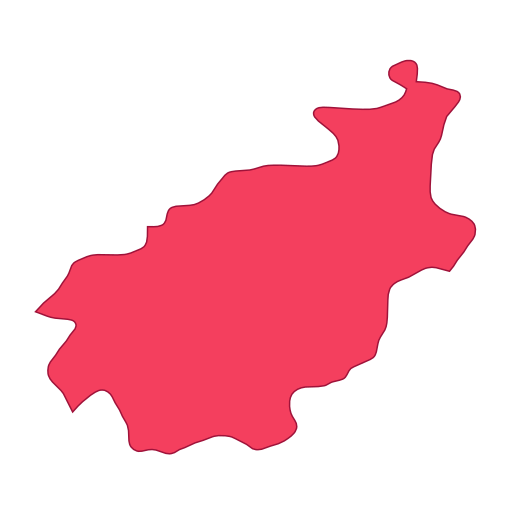 San Gregorio de Yaguate, San Cristóbal, Dominican Republic, rotated 92°
{"feature_id": "3306468B54711183761237", "entity_name": "San Gregorio de Yaguate", "entity_type": "district", "adm_level": 2, "iso_a3": "DOM", "parent_name": "Dominican Republic", "parent_adm1": "San Cristóbal", "projection": "equal_earth", "projection_center": [-70.195, 18.34], "detail": "fine", "context": "isolated", "style": "filled", "palette": "rose", "viewbox_px": 512, "rotation_deg": 92, "n_neighbors": 0, "source": "geoboundaries", "source_scale": "gbopen_adm2", "svg_char_len": 3598}
<svg xmlns="http://www.w3.org/2000/svg" viewBox="0 0 512 512"><g transform="rotate(92 256 256)"><path d="M230.5,365.4L240.3,365.2L245.9,365.8L249.2,367.2L250.7,368.3L252.8,371.2L257.4,381.3L258.6,385.1L259.1,387.4L259.8,394.5L260.2,414.2L260.8,418.9L261.3,421.2L262.6,425.0L266.5,433.4L268.3,436.5L269.4,437.9L272.0,439.8L279.7,442.4L282.7,443.8L289.8,448.5L296.0,452.1L300.7,456.0L310.5,466.7L319.4,474.4L323.4,462.6L324.4,458.9L325.1,454.6L325.8,442.0L326.4,438.3L327.0,436.6L328.0,435.1L329.4,434.1L330.8,433.5L332.3,433.4L335.2,434.3L341.5,439.0L347.6,442.6L356.0,449.2L362.1,452.8L369.1,457.8L372.3,459.3L374.0,459.7L377.5,460.0L381.0,459.7L382.7,459.2L386.0,457.5L389.0,455.0L397.2,446.2L400.2,443.7L418.3,433.8L412.0,428.5L407.6,424.2L400.9,416.5L397.6,411.8L395.9,408.4L395.4,406.5L395.3,404.5L395.5,402.5L397.0,399.3L399.1,396.7L401.7,394.8L407.5,391.7L414.6,387.0L421.0,383.8L426.7,380.2L429.7,378.6L434.9,377.3L445.2,376.5L448.5,375.7L450.0,375.0L451.4,374.0L453.6,371.5L455.0,368.3L455.3,366.6L455.0,363.2L453.4,356.9L453.0,353.1L453.4,349.2L456.4,339.2L456.7,335.5L456.4,333.7L455.3,330.6L452.1,325.7L450.0,320.6L444.9,310.4L442.1,302.5L438.3,293.5L437.6,291.5L436.8,287.2L436.7,280.5L437.2,276.1L437.7,273.9L439.2,270.3L444.6,258.8L448.7,252.7L449.5,249.3L449.5,247.4L448.9,243.6L445.5,235.0L442.8,227.1L439.8,221.3L437.3,217.8L434.7,214.6L431.8,211.9L430.2,210.8L426.9,209.5L425.2,209.3L421.9,209.9L419.1,211.4L415.0,214.1L412.0,215.6L408.6,216.6L405.1,217.2L399.8,217.3L396.3,216.7L392.9,215.3L390.1,213.0L387.8,209.9L386.2,206.3L385.2,202.1L384.3,189.2L383.3,183.4L382.8,181.8L379.7,176.5L379.1,175.0L377.2,168.2L376.0,165.0L375.1,163.6L374.0,162.5L371.5,161.0L367.5,159.1L365.1,157.3L363.3,154.4L355.4,138.2L353.4,135.3L352.1,134.2L350.7,133.4L347.6,132.4L339.3,131.1L335.9,130.3L332.8,128.9L325.5,124.7L322.0,123.5L318.3,122.9L312.6,122.6L295.4,122.7L289.8,122.5L284.4,121.2L282.7,120.4L280.0,118.2L278.7,116.8L276.6,113.8L274.9,110.2L271.8,102.6L264.2,90.0L262.4,86.2L261.8,84.1L261.1,79.8L261.4,75.5L264.5,62.1L259.4,58.3L253.2,54.7L244.8,48.5L238.6,44.9L231.6,39.9L228.5,38.4L226.8,37.9L221.6,37.6L218.2,38.4L216.5,39.1L213.8,41.4L211.6,44.4L209.9,47.9L209.3,49.9L207.4,62.4L206.8,64.5L205.2,68.5L201.9,74.0L197.9,78.8L194.9,81.3L191.5,83.1L185.8,84.2L179.9,84.4L158.2,84.0L148.5,83.2L143.0,81.6L135.8,77.3L132.6,75.8L129.0,74.8L118.2,72.8L109.9,70.3L99.8,62.4L95.0,59.0L92.6,57.8L89.8,57.3L86.9,58.1L85.6,59.2L84.5,60.8L83.3,64.7L82.3,70.9L78.7,80.7L77.3,86.0L76.5,92.7L76.2,101.9L68.4,101.2L62.9,101.2L59.6,101.9L58.1,102.8L56.7,104.2L55.8,106.0L55.3,108.0L55.4,112.0L55.8,113.8L57.0,117.1L61.6,126.2L62.8,127.5L64.2,128.6L67.3,129.6L70.4,129.5L73.3,128.4L74.7,127.3L75.7,126.0L79.7,118.0L83.6,111.3L86.8,112.2L90.0,113.6L92.7,115.7L95.1,118.4L97.1,121.6L97.9,123.5L103.0,136.4L104.3,140.2L105.4,147.4L105.7,154.8L105.7,164.9L105.0,187.4L105.0,194.1L105.6,198.2L106.3,200.0L107.5,201.7L108.9,202.8L110.4,203.4L112.0,203.4L113.5,203.0L115.0,202.2L119.0,198.3L126.7,188.0L130.8,183.0L133.9,180.2L137.4,178.2L143.1,176.9L146.8,176.8L150.4,177.3L153.8,178.8L155.3,180.0L157.4,183.0L161.9,193.0L163.2,196.9L163.7,199.2L164.3,204.1L164.5,209.1L164.4,234.5L164.7,242.1L165.1,247.0L166.0,251.7L169.2,261.1L170.3,265.3L171.8,279.2L172.6,283.5L173.2,285.5L174.1,287.3L176.4,289.9L185.5,296.9L194.7,302.4L197.7,305.1L201.7,309.9L205.1,315.4L206.8,319.5L207.7,324.1L209.1,337.7L210.3,341.5L211.3,343.2L212.6,344.4L214.0,345.2L217.1,346.2L223.5,347.3L226.5,348.8L227.8,350.0L228.7,351.6L229.9,355.2L230.3,359.1L230.5,365.4Z" fill="#f43f5e" stroke="#9f1239" stroke-width="1.5"/></g></svg>